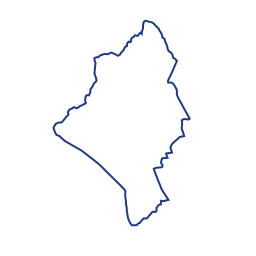 outline of Serrinha, Bahia, Brazil, rotated 339°
{"feature_id": "56859067B34469198786883", "entity_name": "Serrinha", "entity_type": "district", "adm_level": 2, "iso_a3": "BRA", "parent_name": "Brazil", "parent_adm1": "Bahia", "projection": "equal_earth", "projection_center": [-38.992, -11.677], "detail": "fine", "context": "isolated", "style": "outline", "palette": "blue", "viewbox_px": 256, "rotation_deg": 339, "n_neighbors": 0, "source": "geoboundaries", "source_scale": "gbopen_adm2", "svg_char_len": 2576}
<svg xmlns="http://www.w3.org/2000/svg" viewBox="0 0 256 256"><g transform="rotate(339 128 128)"><path d="M58.5,101.2L58.4,103.4L58.3,105.9L58.8,108.9L61.0,110.8L64.3,117.4L73.8,129.1L76.5,132.3L84.2,145.0L88.2,151.9L94.6,166.1L100.4,178.9L103.0,185.3L102.5,187.0L101.6,189.0L100.7,191.6L100.3,193.9L99.5,196.7L98.7,199.0L98.4,201.1L98.0,202.8L97.2,204.6L96.7,207.5L96.0,210.7L95.7,212.9L95.8,215.2L96.0,217.6L96.8,220.3L99.5,221.2L101.3,221.9L103.4,220.7L105.0,220.9L106.3,220.0L108.1,219.0L110.4,218.0L112.2,219.0L114.4,218.7L116.2,217.4L117.7,216.8L118.9,216.1L120.3,215.2L122.1,215.3L123.7,216.3L125.1,215.3L125.9,212.9L128.0,211.4L129.9,210.7L131.2,211.2L132.8,207.8L134.7,208.9L136.2,209.3L138.2,209.3L140.0,209.6L139.5,207.0L139.1,205.2L138.7,203.4L137.9,199.8L137.5,197.5L137.4,195.5L137.4,193.0L137.4,191.2L137.3,189.2L137.3,186.5L137.3,182.3L137.3,179.3L137.4,175.4L139.7,175.2L141.6,175.7L143.1,176.1L144.8,176.6L146.2,176.5L146.9,174.9L146.3,172.6L147.5,170.3L149.0,168.6L151.7,169.3L154.2,170.0L154.2,167.4L154.5,165.5L160.3,166.7L160.6,161.4L161.9,160.1L163.5,158.6L173.2,154.9L177.5,155.7L177.9,151.2L177.7,149.2L178.1,147.6L178.8,145.7L179.8,144.2L180.3,142.6L181.0,140.1L183.5,139.7L185.4,140.6L187.4,141.7L188.9,141.4L185.6,117.2L185.6,114.3L186.4,112.3L187.2,110.1L186.9,107.0L186.5,104.6L185.8,102.5L184.6,100.9L183.1,100.6L181.8,100.0L182.3,98.2L189.5,91.3L197.7,82.9L196.7,80.3L195.4,78.7L195.7,75.8L195.2,73.1L193.7,71.1L193.3,68.9L193.7,66.9L193.9,64.0L193.7,60.4L194.0,57.7L192.6,56.0L193.0,53.5L193.0,51.0L192.3,48.4L192.2,46.0L191.0,43.8L189.9,40.8L188.7,38.5L187.1,37.2L185.2,36.0L182.8,34.1L180.8,34.5L179.6,36.4L178.6,38.0L177.7,40.5L176.4,41.8L175.5,43.1L174.6,45.1L173.7,43.5L172.2,44.1L170.1,45.5L167.6,43.9L165.8,45.1L164.1,45.1L162.5,46.4L162.0,48.2L160.6,48.7L159.5,47.6L158.1,48.3L156.9,49.4L156.5,51.1L154.1,51.4L152.7,52.8L151.6,53.8L150.3,54.4L148.2,55.4L146.3,56.9L144.2,56.8L142.7,54.7L140.8,52.9L139.4,51.6L137.4,51.7L135.4,51.9L133.9,51.0L132.4,50.4L130.3,50.4L128.4,50.2L127.0,50.7L125.4,51.3L123.8,50.6L121.6,50.8L121.0,53.2L121.0,55.5L117.3,62.9L116.3,64.9L116.1,66.9L116.1,69.9L115.6,72.5L114.1,73.5L112.3,74.0L110.8,75.5L109.0,77.1L107.0,78.2L106.2,79.8L105.5,81.4L103.2,83.5L101.4,82.6L99.8,83.3L98.9,85.0L97.7,87.0L97.7,89.5L96.4,89.9L94.8,90.0L93.4,90.3L91.0,90.3L89.1,91.0L87.1,91.2L86.1,90.1L84.8,89.1L82.8,89.8L80.6,89.7L78.6,90.7L77.5,91.8L77.4,93.7L76.3,94.8L74.4,95.4L72.9,96.4L71.0,97.4L69.3,98.4L67.5,98.9L66.0,98.3L64.3,98.0L61.9,98.3L59.9,99.9L58.5,101.2Z" fill="none" stroke="#1e3a8a" stroke-width="2"/></g></svg>